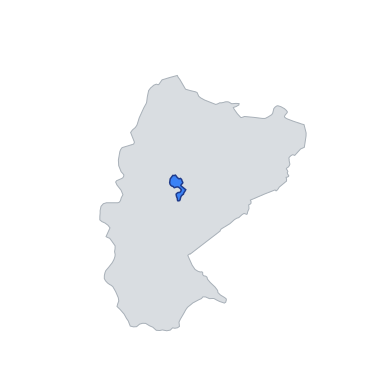 where Kourwéogo sits in Burkina Faso, rotated 323°
{"feature_id": "BFA-2813", "entity_name": "Kourwéogo", "entity_type": "Province", "adm_level": 1, "iso_a3": "BFA", "parent_name": "Burkina Faso", "parent_adm1": "", "projection": "natural_earth1", "projection_center": [-1.818, 12.584], "detail": "fine", "context": "in_parent", "style": "filled", "palette": "blue", "viewbox_px": 384, "rotation_deg": 323, "n_neighbors": 0, "source": "natural_earth", "source_scale": "10m", "svg_char_len": 3999}
<svg xmlns="http://www.w3.org/2000/svg" viewBox="0 0 384 384"><g transform="rotate(323 192 192)"><path d="M273.2,240.2L264.7,240.6L261.6,241.7L259.8,241.7L259.7,240.8L259.5,240.3L248.8,237.3L241.3,235.5L233.7,233.6L233.3,235.4L232.2,236.6L230.6,236.7L229.5,236.4L228.7,237.8L227.4,239.7L225.7,240.6L224.0,241.7L223.0,242.7L222.3,242.8L220.6,240.4L218.2,240.2L213.9,240.6L212.0,239.9L209.3,239.6L203.1,240.1L193.1,239.1L191.5,239.6L191.0,240.1L181.1,240.2L170.3,240.3L161.1,240.4L153.2,240.5L153.2,240.1L150.6,240.0L150.3,240.8L148.1,250.4L147.8,255.6L149.0,258.8L150.4,260.8L151.9,261.7L152.0,262.9L150.8,264.4L150.9,265.9L152.3,267.5L152.7,269.1L151.9,270.9L152.1,275.1L153.2,281.7L153.2,286.0L152.2,288.0L152.7,291.3L154.6,296.1L155.0,298.1L154.3,299.0L152.6,300.3L151.0,300.2L149.1,297.4L148.2,296.1L146.7,293.2L145.4,290.2L143.6,288.9L141.8,287.7L139.7,284.0L137.6,282.3L135.4,282.8L132.3,282.1L125.9,281.1L119.0,281.4L116.1,282.3L113.3,283.6L106.1,286.6L103.3,288.1L101.1,291.8L98.7,291.7L96.3,290.5L94.7,288.8L91.5,289.2L88.3,287.6L85.3,284.3L83.0,283.3L80.2,280.9L79.4,276.5L77.6,273.3L75.9,269.0L73.5,267.1L70.6,266.0L66.7,266.2L64.1,264.5L62.0,261.9L62.6,259.7L63.5,256.6L63.6,253.6L64.3,248.7L63.9,242.6L63.2,238.3L65.4,236.6L67.9,235.0L69.5,232.1L71.1,225.6L71.8,220.0L71.3,217.9L70.5,216.2L69.8,213.8L69.5,210.8L69.9,208.3L71.8,205.9L74.2,203.9L75.9,202.9L80.4,201.9L86.0,200.4L89.3,198.8L91.7,197.1L93.0,195.7L94.3,193.0L96.5,190.9L98.2,188.7L98.4,182.8L98.4,179.4L97.2,177.5L96.5,175.9L104.9,171.3L104.9,168.0L103.8,164.3L102.2,161.4L101.6,158.8L103.9,155.8L105.9,153.6L107.4,151.6L110.7,148.7L114.1,148.0L117.2,149.1L126.2,155.9L127.8,156.4L129.7,155.8L132.1,154.0L135.2,152.6L136.4,148.0L136.3,141.2L137.0,138.1L138.6,137.6L143.9,138.9L145.2,139.0L146.7,138.5L147.9,137.3L147.8,135.2L147.6,133.2L149.3,126.9L152.4,122.2L158.7,116.3L160.7,115.1L162.9,114.5L174.2,118.6L176.0,117.6L178.8,107.5L181.8,106.6L185.5,106.4L187.9,105.6L189.1,104.9L194.5,101.0L203.9,95.9L209.0,93.6L210.0,92.8L213.6,89.1L218.4,84.9L221.5,84.0L225.8,83.7L228.4,84.4L229.2,85.6L230.0,86.2L235.6,84.4L243.5,87.3L250.4,90.1L250.0,91.9L250.0,95.0L249.4,100.0L248.7,106.0L251.6,109.9L255.0,114.0L255.9,115.6L255.0,119.7L255.6,122.1L257.4,126.1L260.5,131.2L263.7,136.4L265.8,137.1L267.9,137.5L269.2,138.5L271.0,139.4L272.8,140.0L274.4,141.1L275.5,142.2L276.8,145.4L280.3,147.6L282.8,149.7L281.8,150.7L278.7,150.3L275.8,149.4L275.5,150.9L275.3,156.8L275.8,161.8L276.5,162.4L279.4,163.3L286.4,169.7L292.7,175.8L294.8,177.3L298.3,177.9L302.2,178.2L303.9,177.6L307.6,174.6L309.6,174.2L311.5,174.3L312.5,174.8L314.3,177.3L316.0,181.1L316.5,183.8L316.4,185.3L315.8,185.9L312.7,186.6L311.4,187.2L311.0,188.0L311.5,189.8L312.1,191.0L315.5,196.4L320.5,203.7L322.0,205.6L321.1,207.8L318.7,213.5L316.8,215.9L308.6,223.9L304.6,223.0L296.1,224.6L294.9,222.8L292.9,222.5L290.4,222.8L289.5,223.6L289.3,224.3L288.4,225.5L286.9,228.7L285.6,229.5L284.1,230.0L282.3,229.9L281.2,230.3L281.2,231.9L280.9,233.3L279.6,234.0L279.1,235.5L279.2,237.0L278.5,237.7L276.9,237.4L276.0,236.9L275.1,238.9L274.0,240.2L273.2,240.2Z" fill="#d9dde1" stroke="#a8b0b8" stroke-width="1"/><path d="M182.1,185.0L183.1,184.8L184.4,184.2L184.8,183.6L184.6,181.6L184.2,180.2L183.5,179.2L182.4,178.6L181.2,178.2L180.4,177.9L180.3,177.1L180.3,176.3L180.0,175.9L179.8,175.7L179.5,175.2L179.1,173.9L179.2,172.5L179.8,171.1L182.5,168.4L186.7,167.2L187.6,168.1L187.9,168.2L188.4,168.3L188.9,168.5L189.0,169.4L188.9,170.6L189.2,172.7L189.4,173.4L189.8,173.8L190.9,174.1L191.1,174.7L191.2,175.9L191.0,176.3L190.7,177.2L190.6,178.1L190.3,179.0L189.6,179.4L189.1,179.4L188.1,179.6L187.5,179.8L187.0,180.1L187.0,180.7L188.2,185.7L188.4,186.4L187.4,186.9L185.4,187.6L184.1,188.3L183.8,188.6L183.1,188.5L181.9,188.6L180.6,188.9L179.4,189.7L178.1,190.8L177.0,191.4L176.0,191.0L175.3,190.3L175.7,189.4L176.5,188.1L176.8,186.6L177.3,185.5L177.7,184.6L178.4,184.0L179.6,184.0L180.5,184.0L181.3,184.5L182.1,185.0Z" fill="#3b82f6" stroke="#1e3a8a" stroke-width="1.5"/></g></svg>